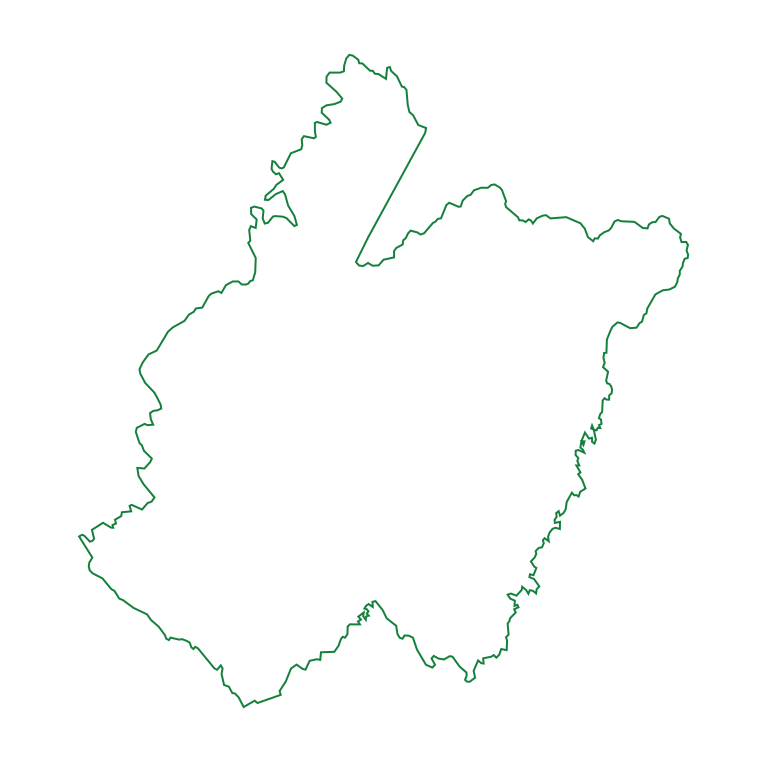 Tibagi, Paraná, Brazil (Equal Earth projection), rotated 182°
{"feature_id": "56859067B71832122633341", "entity_name": "Tibagi", "entity_type": "district", "adm_level": 2, "iso_a3": "BRA", "parent_name": "Brazil", "parent_adm1": "Paraná", "projection": "equal_earth", "projection_center": [-50.488, -24.685], "detail": "fine", "context": "isolated", "style": "outline", "palette": "green", "viewbox_px": 768, "rotation_deg": 182, "n_neighbors": 0, "source": "geoboundaries", "source_scale": "gbopen_adm2", "svg_char_len": 6126}
<svg xmlns="http://www.w3.org/2000/svg" viewBox="0 0 768 768"><g transform="rotate(182 384 384)"><path d="M562.2,465.9L568.3,454.0L574.7,452.9L576.5,449.6L581.4,446.5L585.6,440.1L596.9,433.3L601.7,428.7L612.3,409.5L620.4,405.3L625.9,397.1L628.9,390.2L627.9,385.8L622.7,376.7L613.2,367.4L610.7,363.3L606.5,355.6L605.8,351.7L609.4,349.8L613.6,349.1L616.8,346.8L615.8,340.6L613.3,335.3L619.1,334.6L621.8,335.8L629.5,331.6L630.4,327.5L626.3,316.5L623.8,314.2L621.6,308.9L613.4,301.4L615.0,297.7L620.5,291.2L627.6,291.5L626.0,283.4L620.9,275.6L609.4,262.6L612.2,258.3L616.1,256.8L621.4,250.1L632.0,254.4L634.0,253.3L632.2,247.9L641.5,246.7L642.0,242.8L648.1,239.0L647.0,235.2L650.4,233.6L649.6,230.9L651.9,231.0L660.0,235.5L670.8,228.0L668.3,219.2L670.0,217.0L672.4,216.2L678.1,221.8L680.3,222.8L683.4,221.0L669.4,200.3L672.3,195.2L672.7,191.2L671.6,187.5L668.7,184.7L658.6,179.9L649.3,169.4L646.2,167.9L641.1,160.3L637.3,158.9L626.5,151.5L612.7,145.5L608.7,140.1L600.7,133.6L594.1,125.3L592.8,121.9L590.0,120.6L588.5,123.1L579.9,121.4L576.7,121.9L571.8,120.2L569.2,118.8L567.3,114.1L565.2,112.5L563.5,114.8L560.7,113.3L543.6,93.9L540.8,92.6L537.3,97.1L535.4,94.1L536.2,88.4L533.3,77.6L528.5,76.1L524.8,69.9L522.0,69.4L518.3,65.7L513.0,56.3L502.2,63.0L499.3,60.8L476.4,69.7L477.6,73.6L471.8,83.2L467.0,96.4L461.6,100.5L455.3,96.4L452.5,95.8L448.6,104.8L441.4,106.6L438.1,106.0L437.6,113.7L424.3,114.6L420.3,120.8L418.2,127.5L416.5,129.9L414.1,129.1L411.8,132.7L411.8,140.4L409.7,142.6L399.7,142.9L401.7,145.8L398.8,147.7L401.5,150.6L396.3,155.0L396.7,151.2L394.0,147.7L393.7,151.1L391.2,151.9L393.2,154.0L391.6,156.3L393.5,158.4L395.7,158.9L394.1,161.8L391.6,163.5L387.5,160.8L387.9,165.9L384.9,166.7L377.5,158.1L373.1,149.9L363.4,142.8L361.8,134.5L359.4,130.9L356.6,130.1L354.7,133.4L350.6,133.4L346.2,131.5L341.8,119.8L332.3,104.9L325.8,102.3L323.2,105.2L326.9,111.4L324.8,114.0L319.9,111.5L314.4,110.8L308.8,114.3L306.1,113.9L298.6,104.3L291.5,98.5L291.2,95.5L292.7,91.2L290.6,89.4L288.0,89.4L282.7,93.7L284.4,100.5L280.3,111.0L277.1,108.4L274.7,108.1L275.3,113.3L267.3,115.2L264.8,116.9L262.2,114.4L259.4,117.4L257.6,123.2L252.1,122.3L252.0,131.6L253.2,135.2L250.7,137.9L252.1,148.8L250.4,151.4L249.7,154.5L244.4,160.2L246.0,163.5L241.8,165.6L243.0,168.0L245.8,166.8L245.7,172.1L250.2,173.8L253.1,177.8L249.9,179.0L244.2,177.1L239.2,183.0L238.8,186.2L234.7,183.0L232.4,179.4L231.1,183.0L228.1,182.6L224.7,180.0L224.2,184.4L221.7,187.1L227.3,194.4L231.9,196.0L231.5,198.9L227.9,198.2L225.3,205.5L227.5,206.8L231.0,211.8L227.5,215.7L225.9,219.4L226.6,222.4L223.6,225.6L220.4,226.3L218.8,230.4L219.7,233.5L218.1,235.5L213.9,232.6L214.7,237.2L213.2,241.5L210.4,245.2L207.5,246.3L203.2,245.2L203.3,252.4L208.4,251.1L208.8,254.2L206.8,257.3L207.4,261.0L205.0,263.0L203.5,258.6L200.0,261.4L198.0,265.4L197.3,272.5L192.4,282.0L190.1,279.4L187.7,279.7L185.6,278.3L184.1,283.2L179.0,286.6L182.6,295.1L186.8,300.6L184.6,302.5L188.9,309.3L186.0,309.4L188.1,313.8L187.2,316.8L190.0,319.6L190.1,324.0L187.3,324.8L181.4,322.3L182.8,325.1L185.5,327.4L184.7,333.7L181.5,342.5L177.2,336.6L174.3,337.5L174.0,333.4L171.6,331.8L170.3,335.8L172.8,345.7L170.0,345.2L168.9,347.7L166.3,347.5L167.7,350.4L165.2,351.7L165.9,356.0L168.0,357.4L166.9,361.4L165.0,363.8L164.9,375.1L163.1,377.5L161.1,376.2L158.5,376.2L158.5,380.6L156.2,382.6L155.8,386.2L156.9,389.6L158.7,391.9L160.9,392.4L162.1,395.1L160.5,404.1L165.7,408.5L164.2,412.9L165.6,417.7L165.1,422.7L162.8,423.0L162.8,436.2L159.6,445.0L157.7,449.2L152.8,453.7L150.2,453.3L140.0,448.4L133.6,449.1L130.7,453.8L128.3,455.3L126.7,462.1L124.2,463.7L123.5,468.6L115.9,483.0L108.6,487.4L102.1,488.4L96.7,491.3L94.4,496.1L94.1,499.5L92.2,503.9L92.4,507.3L89.7,511.9L89.5,515.2L87.8,519.7L84.9,520.5L84.6,523.9L86.3,528.0L85.1,533.7L87.0,536.5L91.6,536.2L93.2,540.9L92.5,544.4L99.6,549.4L104.0,554.4L104.9,559.1L111.7,561.7L114.5,560.7L118.3,555.3L121.6,555.0L124.8,552.7L126.1,548.7L130.9,549.0L139.4,554.8L152.5,554.9L155.9,556.1L159.3,554.5L162.2,548.3L164.7,545.3L169.2,543.4L173.7,539.9L175.2,536.8L178.5,536.9L179.9,534.0L185.3,537.9L188.7,546.2L193.3,551.5L207.7,557.1L223.5,555.3L228.0,558.4L231.5,557.7L237.1,554.9L240.8,549.6L242.7,552.4L245.1,553.6L248.2,550.8L250.9,552.3L254.5,552.3L255.9,555.3L268.1,565.0L269.2,568.1L268.4,571.0L272.9,582.0L275.1,584.4L280.5,587.3L283.8,586.6L287.1,583.7L293.4,583.6L300.8,580.8L304.1,576.0L307.2,574.9L311.7,570.1L313.5,564.1L315.7,563.7L325.1,567.4L327.9,565.1L332.8,551.6L336.0,550.9L338.4,547.9L340.7,546.7L349.3,535.9L352.8,534.7L356.1,536.7L362.8,538.2L365.2,535.4L367.3,530.6L369.8,528.3L370.2,524.1L376.6,520.3L378.6,517.1L378.3,510.9L388.8,508.2L393.5,502.4L399.5,501.8L404.2,504.4L409.1,501.1L413.1,501.6L416.3,504.9L405.1,529.7L351.6,636.4L350.9,641.3L358.8,644.0L364.2,653.5L368.1,656.7L370.0,663.7L371.8,678.7L374.3,681.5L376.5,681.8L381.8,692.0L387.8,697.1L389.2,701.0L391.9,700.1L392.7,689.0L400.2,693.5L404.0,693.8L406.1,696.6L408.9,696.6L416.8,703.6L420.0,703.7L421.0,707.1L423.2,708.7L426.7,711.1L430.2,711.7L433.1,707.9L434.9,700.8L435.0,695.1L438.6,693.7L449.2,693.3L452.1,689.3L452.1,683.1L441.7,674.4L435.7,667.8L437.1,664.7L443.4,662.0L451.2,660.5L455.7,657.5L455.7,652.9L448.0,646.2L446.5,643.2L450.6,641.1L460.0,643.5L462.2,642.6L461.9,634.1L460.7,628.6L462.6,627.1L472.7,628.9L474.8,625.7L474.0,619.8L474.9,615.7L485.1,611.4L491.7,596.9L493.8,595.9L496.3,596.6L501.0,602.2L503.3,602.8L503.9,595.1L502.3,592.3L499.3,589.8L496.3,591.0L491.9,584.5L498.5,579.3L500.9,575.2L508.8,568.1L509.4,564.0L505.8,563.9L498.9,569.9L491.9,573.3L489.5,570.1L486.1,559.1L479.4,548.7L476.6,539.9L479.1,538.7L487.3,546.4L491.0,547.7L498.6,548.0L500.8,547.5L505.7,541.0L508.8,540.2L511.0,545.3L510.5,553.1L512.4,555.2L519.7,556.8L523.0,555.5L522.7,549.2L517.0,544.0L517.7,535.5L522.6,537.1L524.1,533.2L522.6,522.6L524.6,520.3L516.6,505.5L516.6,491.1L518.7,483.1L521.4,482.1L523.1,479.6L525.4,478.6L529.7,478.5L533.0,481.4L538.7,481.2L545.4,477.3L549.7,469.3L552.8,470.9L559.7,468.3L562.2,465.9ZM172.8,345.7L175.4,346.8L174.6,349.8L172.8,345.7ZM184.7,333.7L182.6,330.0L181.6,333.7L184.7,333.7Z" fill="none" stroke="#15803d" stroke-width="2"/></g></svg>